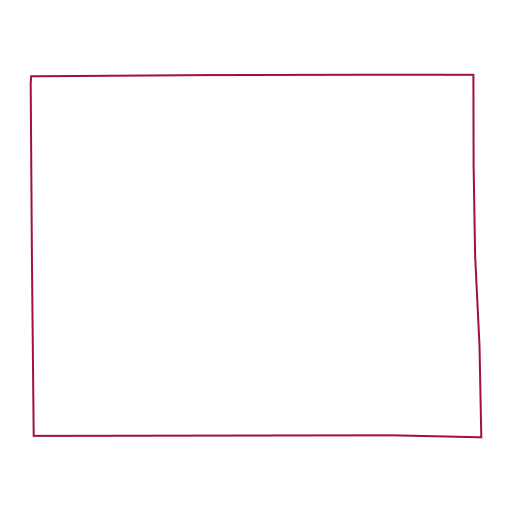 outline of Calhoun, Michigan, United States of America
{"feature_id": "52423323B83216997168668", "entity_name": "Calhoun", "entity_type": "district", "adm_level": 2, "iso_a3": "USA", "parent_name": "United States of America", "parent_adm1": "Michigan", "projection": "orthographic", "projection_center": [-84.967, 42.246], "detail": "fine", "context": "isolated", "style": "outline", "palette": "rose", "viewbox_px": 512, "rotation_deg": 0, "n_neighbors": 0, "source": "geoboundaries", "source_scale": "gbopen_adm2", "svg_char_len": 273}
<svg xmlns="http://www.w3.org/2000/svg" viewBox="0 0 512 512"><path d="M204.3,75.1L31.1,76.3L30.7,84.2L31.9,255.7L33.7,435.9L391.7,435.3L481.3,437.3L479.5,345.6L475.1,255.3L473.6,164.6L473.4,74.8L383.9,74.7L204.3,75.1Z" fill="none" stroke="#9f1239" stroke-width="2"/></svg>